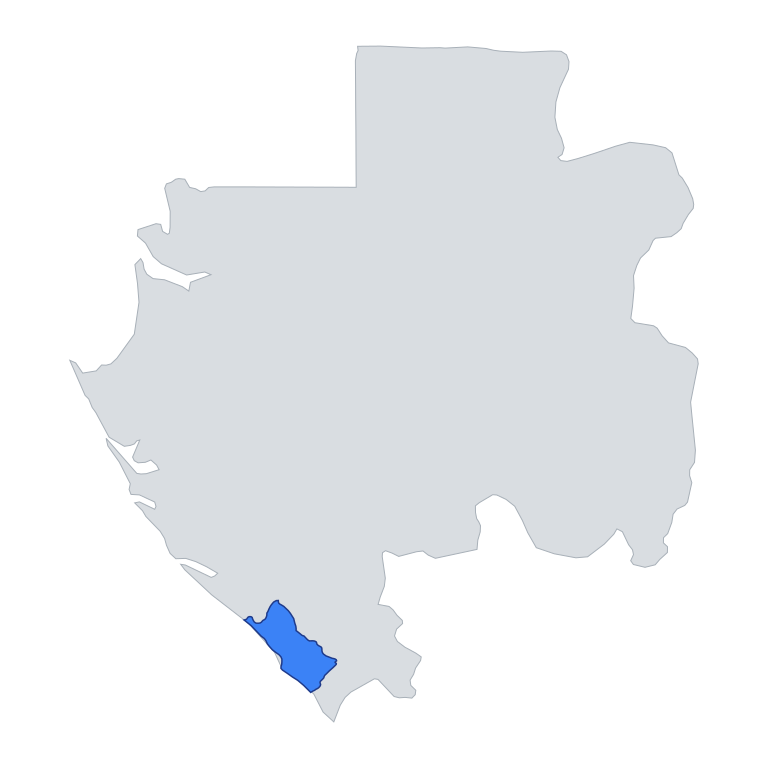 Basse-Banio, Nyanga, Gabon (highlighted)
{"feature_id": "22940354B35468012310479", "entity_name": "Basse-Banio", "entity_type": "district", "adm_level": 2, "iso_a3": "GAB", "parent_name": "Gabon", "parent_adm1": "Nyanga", "projection": "orthographic", "projection_center": [10.764, -3.223], "detail": "fine", "context": "in_parent", "style": "filled", "palette": "blue", "viewbox_px": 768, "rotation_deg": 0, "n_neighbors": 0, "source": "geoboundaries", "source_scale": "gbopen_adm2", "svg_char_len": 4989}
<svg xmlns="http://www.w3.org/2000/svg" viewBox="0 0 768 768"><path d="M569.0,61.6L568.5,69.2L559.9,87.7L555.9,102.0L554.9,117.3L557.3,129.5L561.5,138.3L564.1,147.8L562.1,154.4L557.9,157.3L560.8,160.6L567.1,161.4L577.7,158.6L594.1,153.5L615.6,146.2L629.8,142.3L653.1,144.9L665.6,147.7L672.0,152.9L678.9,174.8L682.3,178.1L688.0,187.5L692.7,198.7L693.7,204.4L693.2,208.4L688.4,214.5L683.1,223.4L681.2,228.7L676.8,232.7L671.1,236.6L655.5,238.2L653.1,240.5L648.8,250.0L640.5,258.0L636.8,265.5L633.5,275.6L634.1,288.2L632.5,306.2L630.8,318.5L634.9,322.7L653.6,325.8L657.2,328.2L662.1,335.8L668.5,342.9L685.5,347.5L692.2,353.0L697.5,358.9L698.2,363.8L694.3,383.4L690.6,402.2L692.0,416.6L693.4,430.3L695.4,450.2L694.5,462.4L689.7,469.8L689.6,475.7L691.8,482.7L687.5,502.1L684.8,505.4L677.1,509.0L673.1,514.2L671.8,522.4L667.7,533.6L663.5,537.7L663.4,542.9L667.5,546.7L667.4,552.5L659.8,559.4L655.2,564.8L645.0,567.3L633.4,564.5L630.7,560.7L633.5,554.6L632.5,549.8L628.6,544.7L622.4,531.7L616.9,528.9L613.8,534.2L604.3,544.1L587.6,556.8L575.9,557.8L554.3,553.8L536.3,547.7L527.8,532.8L522.4,520.5L514.7,506.2L506.1,499.4L496.8,495.0L492.7,494.7L479.4,502.6L475.4,505.8L475.5,512.5L476.7,518.7L478.7,521.7L480.5,525.7L480.2,531.9L477.8,540.2L477.0,549.4L435.4,558.3L428.2,555.1L423.0,551.0L416.7,551.7L398.7,556.4L392.1,553.1L385.5,550.7L382.5,552.7L382.2,556.6L385.3,578.2L384.3,586.4L380.2,597.1L378.1,604.4L389.1,606.5L393.1,609.9L397.0,615.3L402.3,620.4L402.6,623.5L396.6,629.1L394.5,636.0L397.4,641.5L404.9,647.2L415.8,653.1L421.2,656.9L420.6,660.5L415.6,668.0L413.6,674.3L410.1,680.1L410.8,685.4L415.8,690.3L415.2,694.7L411.9,698.1L405.1,697.4L399.3,697.8L394.1,696.5L378.0,679.4L374.4,678.8L351.0,692.0L345.1,697.4L340.3,705.1L333.8,721.9L323.1,712.1L313.9,694.2L303.2,683.3L280.6,665.5L274.6,652.4L248.8,623.6L211.6,594.8L184.8,569.8L180.7,564.3L185.3,565.0L211.2,577.4L214.7,576.0L217.7,573.2L206.5,566.7L195.8,561.6L185.8,558.4L175.8,558.7L170.1,553.4L166.5,545.3L164.6,538.5L160.2,531.3L145.9,516.5L142.5,510.7L134.7,502.9L139.4,501.9L154.7,509.3L156.0,506.4L154.7,502.0L139.4,494.9L131.0,494.4L129.1,489.5L130.3,483.7L119.3,462.1L107.9,446.0L106.1,438.3L136.8,473.4L140.9,474.0L146.3,473.7L159.1,469.7L156.6,465.0L150.9,460.0L145.3,462.3L138.1,462.8L134.3,460.7L132.6,457.1L139.8,440.0L136.7,440.9L134.4,443.9L130.4,445.4L124.3,446.3L109.1,437.2L95.8,412.5L92.2,407.5L88.7,398.9L85.1,395.4L69.8,360.3L75.7,362.9L82.7,373.1L96.2,370.9L101.6,365.0L106.2,365.2L110.9,363.9L116.9,358.3L134.3,334.2L139.0,302.3L137.5,283.4L134.9,264.6L140.7,258.6L143.0,262.6L144.1,269.2L146.8,274.2L153.0,278.6L164.6,279.8L182.4,286.7L188.8,291.1L190.5,282.3L211.0,274.7L204.8,272.0L186.6,275.0L161.5,263.8L153.2,256.6L145.5,243.1L137.4,236.0L138.0,229.6L156.0,223.7L160.7,224.4L162.6,231.4L167.5,234.3L169.3,233.3L170.1,227.3L170.2,211.3L164.7,188.3L166.4,183.9L171.3,182.3L175.7,179.2L178.7,178.6L184.8,179.2L187.9,184.5L189.6,187.4L195.7,188.8L200.7,191.6L205.1,190.9L208.7,187.5L214.0,186.9L230.4,186.9L245.2,186.9L274.8,187.0L304.3,187.1L333.9,187.2L356.2,187.3L356.1,174.2L356.0,153.9L355.9,129.9L355.7,107.0L355.6,85.8L355.4,60.7L356.7,53.5L358.1,50.5L357.6,46.3L380.5,46.1L421.9,48.0L440.0,47.7L445.1,48.1L467.7,46.9L486.0,48.5L493.8,50.3L500.8,51.2L522.7,52.3L551.4,51.0L561.1,51.3L566.5,54.8L569.0,61.6Z" fill="#d9dde1" stroke="#a8b0b8" stroke-width="1"/><path d="M336.6,660.8L336.2,659.7L335.1,659.0L333.8,658.6L332.2,658.3L330.7,657.7L328.6,656.9L326.0,655.9L324.5,654.8L323.5,654.1L322.8,653.2L322.2,652.0L321.9,650.4L321.9,649.0L321.7,647.8L320.9,646.8L319.8,646.3L318.2,645.4L317.8,645.0L317.1,644.4L316.8,643.7L316.6,642.8L316.3,642.0L315.2,641.3L314.3,641.0L312.8,640.8L309.4,640.9L308.1,640.2L307.1,639.3L304.0,636.0L302.6,635.6L301.7,635.1L300.2,633.8L299.3,633.1L297.8,631.9L296.1,630.6L296.1,629.9L296.1,628.3L295.8,626.1L294.8,623.2L293.7,618.6L292.1,616.1L290.4,613.4L288.3,610.7L283.8,606.4L281.5,605.0L279.7,604.0L278.8,603.2L278.4,602.0L278.3,600.5L276.3,600.6L274.8,601.4L273.6,602.1L272.4,603.5L271.2,605.0L270.1,606.7L268.9,609.1L267.9,611.5L266.9,613.1L266.8,615.4L266.2,617.3L265.5,618.6L264.9,619.3L263.7,620.0L262.8,620.5L262.2,621.2L261.4,622.2L260.1,623.0L258.7,623.2L256.6,623.2L255.7,623.0L254.2,621.9L253.7,621.1L252.7,619.2L252.2,617.5L251.5,616.9L250.2,616.6L249.0,616.7L247.9,617.3L247.2,618.3L246.5,619.3L245.4,619.6L244.1,620.0L244.5,620.3L251.2,625.7L256.6,631.4L261.1,636.1L264.3,638.5L265.8,640.5L267.4,643.9L269.2,646.2L272.3,649.7L275.2,652.0L279.0,654.7L280.9,656.8L281.9,659.1L281.9,661.9L281.7,664.3L281.0,666.6L281.0,668.4L282.5,670.1L287.4,673.4L292.6,677.1L297.7,680.3L303.7,685.4L310.7,692.4L311.8,691.7L313.2,690.9L314.6,690.3L315.9,689.3L317.6,688.5L318.7,687.7L319.8,686.5L320.4,685.4L320.6,684.3L320.2,683.3L320.0,682.2L320.5,681.2L322.8,679.0L323.8,677.8L324.2,676.4L324.8,675.3L326.5,673.7L329.3,670.9L332.9,667.7L335.3,665.4L336.2,664.4L336.3,663.4L335.1,662.5L335.2,661.9L336.6,660.8Z" fill="#3b82f6" stroke="#1e3a8a" stroke-width="1.5"/></svg>